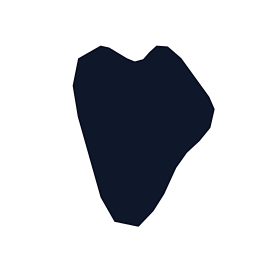 the state/province of Kosrae, rotated 295°
{"feature_id": "FSM-4944", "entity_name": "Kosrae", "entity_type": "state/province", "adm_level": 1, "iso_a3": "FSM", "parent_name": "Federated States of Micronesia", "parent_adm1": "", "projection": "orthographic", "projection_center": [162.997, 5.325], "detail": "fine", "context": "isolated", "style": "filled", "palette": "ink", "viewbox_px": 256, "rotation_deg": 295, "n_neighbors": 0, "source": "natural_earth", "source_scale": "10m", "svg_char_len": 448}
<svg xmlns="http://www.w3.org/2000/svg" viewBox="0 0 256 256"><g transform="rotate(295 128 128)"><path d="M190.4,106.3L196.3,113.3L205.5,116.0L214.1,119.6L217.9,129.6L213.1,146.5L190.0,188.0L181.3,197.9L163.0,201.8L146.8,197.7L130.8,191.2L112.3,187.8L83.4,188.0L63.8,185.5L43.6,178.7L38.1,155.6L54.1,133.0L117.5,78.3L143.2,60.7L169.8,54.2L190.4,68.8L192.2,77.0L190.0,97.3L190.4,106.3Z" fill="#0f172a" stroke="#020617" stroke-width="1.5"/></g></svg>